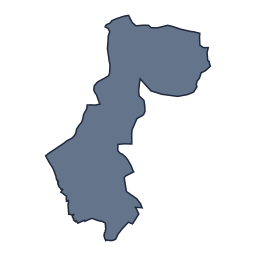 the district of Danja, Katsina, Nigeria, rotated 90°
{"feature_id": "59680162B42687104490462", "entity_name": "Danja", "entity_type": "district", "adm_level": 2, "iso_a3": "NGA", "parent_name": "Nigeria", "parent_adm1": "Katsina", "projection": "mercator", "projection_center": [7.63, 11.408], "detail": "fine", "context": "isolated", "style": "filled", "palette": "slate", "viewbox_px": 256, "rotation_deg": 90, "n_neighbors": 0, "source": "geoboundaries", "source_scale": "gbopen_adm2", "svg_char_len": 4566}
<svg xmlns="http://www.w3.org/2000/svg" viewBox="0 0 256 256"><g transform="rotate(90 128 128)"><path d="M240.6,150.2L240.4,149.8L239.9,149.1L240.0,148.9L240.2,148.4L240.4,147.0L240.6,145.5L240.5,143.9L240.2,142.3L239.6,141.4L239.2,140.4L237.3,139.4L234.3,138.1L229.0,134.0L222.2,127.6L223.9,123.5L214.0,117.2L211.2,118.5L208.6,119.9L207.3,120.6L207.5,118.3L207.6,114.6L207.8,113.9L204.4,115.2L203.9,115.4L203.6,115.6L198.8,119.2L191.5,129.6L177.8,131.8L176.1,130.6L171.9,122.3L170.9,122.9L166.2,124.7L159.8,128.3L156.9,130.6L154.4,133.4L153.0,136.2L150.7,138.2L144.4,138.1L143.8,131.9L144.0,124.2L134.4,124.3L130.0,124.0L123.0,121.0L118.5,119.0L116.8,115.9L115.6,113.7L114.5,112.4L111.5,111.0L106.8,111.2L103.2,111.6L100.4,112.1L97.2,115.4L96.1,116.8L90.6,117.4L81.3,116.3L78.9,115.8L90.9,105.0L94.3,94.1L96.4,78.3L94.6,68.6L92.1,62.4L88.2,60.0L87.5,59.6L87.4,59.4L87.2,59.3L87.1,59.2L86.8,59.1L86.6,59.1L86.4,59.2L86.1,59.3L85.9,59.4L85.5,59.6L84.2,59.6L80.9,58.9L78.5,56.7L72.9,54.9L70.4,50.2L66.2,45.6L63.6,46.5L61.5,46.8L60.4,48.3L57.3,48.5L54.1,48.8L52.1,48.9L47.6,47.7L47.6,52.8L45.1,56.1L36.8,56.5L35.2,56.3L34.0,56.2L33.3,56.2L31.8,62.2L31.4,65.3L29.3,74.9L26.6,83.0L25.3,88.3L27.9,98.9L27.6,105.0L25.3,107.5L25.2,112.6L25.8,120.2L24.0,122.0L22.7,123.7L15.4,127.4L15.5,128.2L16.0,131.0L16.6,133.4L17.9,137.0L18.4,138.9L20.7,144.2L23.2,146.1L24.4,149.0L25.2,150.1L26.9,150.9L28.3,148.1L31.6,146.2L36.1,147.8L36.6,147.8L41.8,148.0L43.6,148.1L46.9,148.5L49.2,148.6L50.1,148.3L52.8,148.0L56.8,147.4L61.1,146.8L65.1,146.0L72.9,146.4L73.0,146.4L75.8,147.4L78.6,152.1L78.7,152.5L82.0,158.5L85.9,161.8L89.9,162.2L92.8,161.0L94.3,159.9L95.4,159.2L98.4,158.3L104.1,156.1L105.1,161.0L104.9,165.0L105.0,168.9L105.4,168.9L106.9,169.0L109.8,169.7L112.3,171.3L114.2,172.2L114.8,172.5L118.5,173.1L122.3,174.4L125.2,176.9L128.9,179.3L133.6,180.4L135.9,181.8L138.1,184.0L140.9,189.4L142.9,191.7L147.3,198.2L151.0,203.8L152.5,206.1L154.5,208.8L155.8,210.4L162.4,206.8L167.9,203.3L168.6,203.0L169.8,202.4L171.9,201.6L174.4,200.7L176.2,200.1L179.8,199.4L179.9,199.2L180.0,198.9L180.1,198.6L180.6,198.6L180.9,198.6L181.3,198.4L181.0,198.3L180.9,198.1L181.3,197.9L181.5,197.8L182.0,197.6L182.3,197.6L182.5,197.8L182.6,198.0L182.9,198.1L183.2,198.2L184.0,198.1L184.4,197.7L184.6,197.5L184.9,197.6L185.1,197.6L185.5,197.5L185.8,197.5L185.8,197.3L186.1,197.1L187.2,196.7L187.3,196.3L187.5,196.1L188.2,195.6L188.7,195.3L189.3,194.9L189.3,194.6L189.2,194.1L189.2,193.9L189.3,193.8L189.3,193.6L189.5,193.3L191.8,194.9L192.1,195.2L192.4,194.7L192.5,194.7L192.7,194.1L192.9,193.7L193.5,193.0L193.7,192.7L193.9,192.6L194.0,192.6L194.8,191.4L195.2,190.9L195.4,190.6L195.7,190.2L195.8,190.0L196.0,189.6L196.4,189.4L196.8,189.4L197.0,189.5L197.3,189.6L197.6,189.7L197.8,189.7L198.1,189.7L198.2,189.8L198.4,189.8L198.6,189.8L198.9,189.8L199.0,189.8L199.3,189.7L199.8,189.6L200.1,189.6L200.4,189.4L200.8,189.4L201.3,189.5L201.2,189.1L201.1,188.8L201.0,188.6L200.9,188.4L200.8,188.0L200.7,187.8L200.5,187.7L200.8,187.5L201.0,187.6L201.3,187.8L201.6,187.6L202.1,187.5L202.3,187.5L202.6,187.4L202.7,187.6L202.9,187.7L203.1,187.7L203.3,187.7L203.8,187.8L204.1,187.8L204.3,187.9L204.6,188.0L214.3,187.3L214.4,185.7L214.7,185.2L214.8,184.8L214.8,184.4L214.8,183.7L214.7,183.1L214.5,182.4L214.8,182.4L215.0,182.3L215.2,182.8L215.3,183.3L215.5,183.7L215.6,183.8L215.9,183.8L216.3,183.6L216.6,183.5L216.9,183.5L217.2,183.4L217.6,183.3L217.9,183.1L218.0,182.9L218.3,182.7L218.9,182.2L219.4,182.5L219.6,182.5L219.9,182.5L220.1,182.3L220.1,182.1L220.6,181.8L221.7,180.4L220.8,179.8L221.7,179.2L222.5,178.7L223.1,178.3L223.2,178.2L222.0,175.6L220.9,172.9L220.4,171.5L220.5,171.4L221.3,171.1L219.8,167.7L219.2,166.5L218.5,164.1L218.7,162.9L219.3,161.5L220.1,159.3L220.6,158.0L221.0,156.2L221.3,155.2L221.1,154.3L222.2,152.3L222.3,152.0L222.4,151.8L222.5,151.6L222.8,151.2L223.1,150.9L223.5,150.8L224.0,150.7L224.4,150.7L224.9,150.6L225.8,150.5L226.1,150.4L226.3,150.5L226.5,150.5L226.7,150.4L226.9,150.5L227.1,150.5L227.5,150.4L227.9,150.2L228.3,150.0L228.5,150.0L228.9,150.3L229.0,150.3L229.6,150.4L229.9,150.6L230.5,150.7L231.2,150.7L231.6,150.7L231.8,150.7L232.2,151.0L232.4,151.2L232.7,151.2L232.9,151.3L233.0,151.4L233.1,151.6L233.6,151.7L234.0,151.7L234.9,151.7L235.0,151.8L235.1,152.0L235.3,152.1L235.8,151.9L236.1,151.9L236.4,151.8L236.8,151.7L237.0,151.7L237.3,151.6L237.6,151.5L237.8,151.4L238.1,151.3L238.4,151.3L238.5,151.2L238.8,151.1L239.1,150.9L239.4,150.8L239.7,150.6L239.9,150.5L240.1,150.4L240.4,150.3L240.5,150.2L240.6,150.2Z" fill="#64748b" stroke="#1e293b" stroke-width="1.5"/></g></svg>